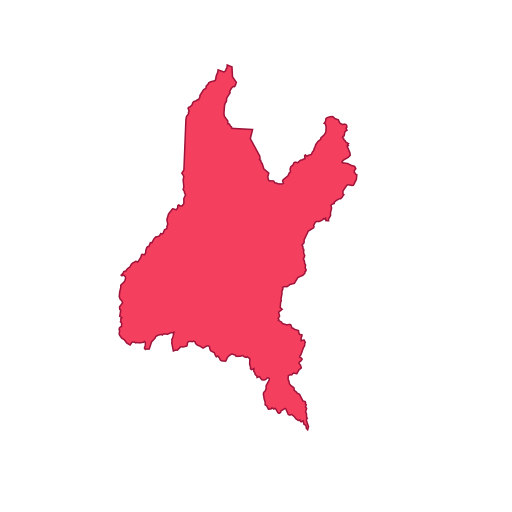 Tauá, Ceará, Brazil, rotated 138°
{"feature_id": "56859067B63965613485254", "entity_name": "Tauá", "entity_type": "district", "adm_level": 2, "iso_a3": "BRA", "parent_name": "Brazil", "parent_adm1": "Ceará", "projection": "orthographic", "projection_center": [-40.274, -5.877], "detail": "fine", "context": "isolated", "style": "filled", "palette": "rose", "viewbox_px": 512, "rotation_deg": 138, "n_neighbors": 0, "source": "geoboundaries", "source_scale": "gbopen_adm2", "svg_char_len": 6165}
<svg xmlns="http://www.w3.org/2000/svg" viewBox="0 0 512 512"><g transform="rotate(138 256 256)"><path d="M369.0,332.0L368.9,331.0L367.9,330.8L367.0,329.7L367.0,327.9L367.7,326.9L370.0,325.3L371.4,325.0L376.0,324.8L377.7,323.0L381.5,320.4L384.8,317.3L385.5,315.7L385.9,314.3L385.6,312.9L386.5,310.5L391.5,309.5L393.0,307.4L392.8,306.2L397.6,302.4L397.0,299.9L398.6,299.8L399.5,298.5L400.8,297.8L400.7,296.1L403.2,293.5L404.0,294.0L405.7,293.9L407.0,292.9L407.1,291.9L409.6,289.9L410.3,288.7L410.8,284.8L409.9,281.9L410.3,277.7L409.1,274.1L405.6,274.9L403.8,273.1L403.6,272.0L402.4,271.3L400.6,269.3L397.3,267.1L395.9,266.9L396.2,265.6L398.2,263.5L400.5,262.3L400.8,260.6L399.6,260.1L397.6,258.3L391.2,262.0L385.9,262.5L384.3,263.3L381.2,262.4L379.1,261.2L378.4,259.9L377.3,260.1L375.0,258.2L374.3,257.1L370.1,255.8L369.5,254.7L368.0,254.2L372.1,251.3L374.7,250.1L375.3,248.9L376.7,247.9L381.0,240.7L378.8,239.9L377.4,238.6L372.5,238.9L371.2,237.3L367.8,235.4L366.7,235.8L364.8,237.5L363.6,237.5L362.2,236.8L360.7,235.0L359.2,234.3L358.7,232.7L359.5,231.4L359.2,228.9L358.0,226.6L357.0,223.0L352.3,221.9L351.4,220.9L351.3,219.7L352.6,217.7L353.1,215.8L351.7,212.1L352.9,208.7L352.9,207.6L351.4,207.3L351.4,205.0L352.1,202.5L351.7,201.1L348.9,198.1L344.9,199.8L342.5,199.9L339.5,199.4L337.6,196.0L338.0,194.8L335.0,192.2L332.5,190.9L332.1,188.7L331.0,187.1L330.0,187.1L329.3,183.8L333.1,179.9L334.4,177.1L335.6,175.9L335.4,174.6L332.9,173.7L334.3,172.6L334.8,171.6L335.2,169.5L335.9,168.6L335.7,166.1L336.5,165.0L334.2,164.1L334.5,160.1L333.1,158.5L331.6,157.8L328.9,157.8L328.2,156.9L328.2,155.9L329.2,155.0L335.2,152.9L337.5,150.5L339.1,149.7L341.7,149.4L342.9,148.5L345.9,143.8L346.9,141.4L348.8,139.3L348.3,137.7L349.3,133.8L347.0,132.2L345.7,132.5L345.2,130.3L343.9,130.2L343.7,129.0L344.6,124.5L343.9,123.5L342.4,123.3L341.1,124.2L336.3,123.2L336.2,122.2L338.1,116.6L337.3,115.1L335.5,114.3L335.0,110.8L335.3,108.5L334.6,105.5L333.1,104.8L333.6,103.5L333.4,102.5L331.3,102.0L333.0,98.7L332.2,96.9L333.9,94.2L333.9,92.3L331.2,94.0L328.7,99.8L327.8,100.8L326.4,101.1L326.4,102.1L323.8,105.4L323.7,106.8L320.3,108.9L320.2,110.7L318.1,111.9L318.2,113.1L317.2,113.9L316.9,114.9L318.1,116.9L316.2,124.1L317.2,126.6L317.0,127.9L317.5,131.0L316.5,131.7L316.0,132.9L316.8,136.5L316.6,138.8L315.0,141.4L314.9,142.5L313.9,143.7L312.1,145.4L310.6,145.1L308.8,143.7L307.5,144.0L306.3,143.8L304.5,141.2L300.3,142.6L297.2,142.5L296.0,145.0L295.9,147.5L294.9,148.1L292.4,148.0L290.7,148.5L290.6,149.8L291.2,151.5L290.1,152.5L288.8,152.5L282.2,156.1L279.9,156.8L278.4,158.3L277.1,158.9L276.5,161.5L279.1,162.8L277.2,165.0L275.4,165.8L274.6,166.7L276.1,168.6L275.3,170.8L274.3,172.1L276.6,176.0L276.5,177.0L277.4,178.4L276.2,181.7L276.8,182.7L279.2,184.2L281.5,188.1L281.3,189.9L282.4,193.1L281.3,193.7L281.3,194.8L278.7,195.5L276.8,199.1L272.2,198.9L272.5,201.5L268.6,205.2L267.3,205.7L266.1,207.4L261.7,210.8L260.4,212.4L258.0,213.5L257.6,214.6L256.2,214.8L253.2,212.3L249.8,212.1L245.8,210.0L239.2,212.0L234.2,210.3L231.2,210.5L230.1,211.6L228.9,211.5L227.9,212.2L227.6,214.0L225.1,216.3L224.8,217.9L223.2,220.2L223.0,221.8L219.6,223.6L218.6,226.4L216.1,228.9L216.2,230.0L214.8,231.7L214.5,233.3L211.4,233.7L209.4,235.8L200.5,239.5L194.3,238.4L193.4,238.8L192.7,240.2L189.0,241.5L187.4,240.8L186.5,239.7L185.4,239.1L182.1,238.3L180.8,238.6L180.5,237.7L179.0,237.6L180.4,235.5L178.5,233.6L177.2,235.0L173.6,236.1L171.7,238.3L167.7,241.1L166.4,243.5L165.0,243.6L162.8,242.7L162.2,243.5L159.1,243.5L155.7,242.8L154.8,241.9L152.2,242.1L150.8,242.7L149.7,242.7L149.8,244.0L147.9,246.1L141.4,247.7L140.1,247.6L137.4,244.1L136.2,243.4L130.2,245.7L126.7,248.9L127.2,250.0L126.7,252.7L125.9,253.6L123.4,254.1L122.7,256.7L124.5,259.4L126.0,263.4L129.5,267.6L128.8,268.6L126.4,268.7L121.6,267.6L118.7,267.7L117.1,269.9L114.8,276.7L113.5,276.3L113.3,277.6L112.1,277.6L113.0,280.4L112.6,282.1L112.9,283.6L112.2,284.8L112.4,286.2L111.3,286.7L110.1,286.3L107.2,288.6L105.8,288.9L104.3,288.5L103.6,290.8L102.4,290.8L101.2,292.5L101.3,293.7L102.2,295.0L103.6,295.6L104.6,298.0L104.7,299.0L103.7,302.1L105.4,305.3L105.6,308.1L107.5,309.8L110.6,311.2L112.1,311.3L114.3,309.5L116.6,309.0L116.0,307.8L116.8,306.3L117.8,304.7L121.3,301.3L124.1,300.4L128.6,300.4L130.1,299.4L133.2,299.7L137.0,298.9L139.6,297.3L141.1,296.9L142.2,295.9L144.6,295.5L147.0,294.4L149.9,295.9L151.3,295.8L151.7,298.1L152.8,298.0L154.5,295.5L156.1,296.4L157.3,296.4L158.7,297.4L162.7,297.5L163.9,299.4L165.3,299.9L168.0,298.8L170.2,299.1L172.4,297.9L174.2,295.4L175.8,295.5L178.5,294.2L184.7,294.5L186.0,294.0L186.9,291.8L188.2,291.9L191.2,294.7L191.9,296.4L193.1,297.7L192.7,299.9L195.9,303.1L195.5,304.9L194.2,307.0L191.0,309.1L191.9,315.4L189.6,320.4L189.2,323.0L188.4,324.0L188.9,325.3L187.5,326.0L186.3,327.9L181.7,347.0L173.9,352.3L188.5,367.0L187.8,368.4L188.1,369.5L187.5,371.9L188.4,373.1L186.6,375.3L186.0,381.1L184.3,383.5L178.7,388.9L175.8,390.6L174.9,390.4L172.0,393.0L165.9,394.7L165.7,395.8L162.3,397.0L160.5,397.3L159.4,397.1L158.9,396.3L157.5,396.4L154.4,398.2L153.6,404.8L147.3,412.6L149.6,417.2L151.8,415.2L153.1,415.0L154.3,414.2L155.7,414.0L156.8,414.4L159.6,419.7L161.6,418.1L165.0,416.5L168.3,413.9L169.5,413.9L173.0,415.8L175.3,416.4L176.4,415.8L179.4,415.6L180.3,414.5L181.5,414.2L183.5,414.7L190.1,412.9L191.5,411.6L194.2,410.6L194.8,411.3L197.0,411.5L198.8,412.4L200.2,412.3L202.7,411.0L205.3,411.0L206.3,411.5L207.6,411.3L208.8,408.4L210.1,408.0L210.9,406.8L214.3,406.2L216.7,404.4L252.0,368.2L255.7,367.2L256.1,364.3L257.0,362.8L259.1,361.5L263.5,355.5L265.7,354.2L266.1,351.6L266.9,350.8L267.5,348.5L271.2,347.0L274.5,343.3L277.4,342.7L279.1,344.2L279.1,345.6L280.4,345.8L282.0,344.2L284.3,343.7L286.3,346.9L292.8,345.8L297.9,342.7L300.3,338.7L302.6,337.5L303.2,336.5L304.4,336.1L306.4,336.7L310.1,335.0L311.1,335.2L311.7,336.4L314.2,335.6L315.8,336.0L317.8,337.3L320.3,337.0L324.7,335.5L325.5,336.6L329.3,334.8L330.4,335.5L331.5,335.4L334.3,333.8L335.4,332.5L338.0,331.5L339.5,333.5L340.6,333.3L342.4,332.1L348.0,330.6L348.7,332.4L352.3,333.3L354.1,333.3L357.0,332.2L360.1,332.6L362.8,332.0L364.7,332.9L366.6,332.1L369.0,332.0Z" fill="#f43f5e" stroke="#9f1239" stroke-width="1.5"/></g></svg>